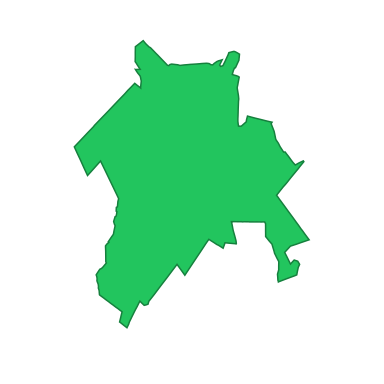 outline of Lazdulejas pag., Balvu, Latvia, rotated 282°
{"feature_id": "27541924B29489313148082", "entity_name": "Lazdulejas pag.", "entity_type": "district", "adm_level": 2, "iso_a3": "LVA", "parent_name": "Latvia", "parent_adm1": "Balvu", "projection": "equal_earth", "projection_center": [27.463, 57.024], "detail": "fine", "context": "isolated", "style": "filled", "palette": "green", "viewbox_px": 384, "rotation_deg": 282, "n_neighbors": 0, "source": "geoboundaries", "source_scale": "gbopen_adm2", "svg_char_len": 5303}
<svg xmlns="http://www.w3.org/2000/svg" viewBox="0 0 384 384"><g transform="rotate(282 192 192)"><path d="M336.0,199.1L333.9,198.8L325.5,196.9L324.9,196.7L322.0,196.0L320.8,193.9L321.9,192.6L327.6,194.0L326.7,192.4L325.9,190.8L324.8,189.2L323.9,188.4L322.3,186.9L320.7,185.9L320.4,184.1L320.6,183.8L321.2,182.0L321.0,179.6L320.4,177.4L319.8,175.2L319.0,172.7L318.0,169.3L317.1,166.1L316.5,163.9L315.8,161.7L314.6,157.7L313.3,153.9L313.5,151.7L312.9,145.5L312.1,143.9L310.8,143.1L310.8,142.5L310.9,141.5L311.3,141.0L312.4,139.4L312.6,139.1L317.6,131.7L318.9,129.8L320.1,127.9L322.1,125.0L324.5,121.4L325.0,119.7L326.0,118.2L326.9,116.7L327.9,115.3L328.3,114.8L329.9,112.8L327.9,111.1L325.9,109.4L324.1,107.9L322.4,106.4L319.8,106.9L317.2,107.4L312.5,108.4L307.7,109.3L306.3,110.8L304.8,112.2L303.0,114.0L301.2,115.8L300.1,111.3L300.1,111.2L298.6,112.6L296.9,114.4L295.8,115.8L294.5,117.3L294.2,117.4L293.4,117.8L293.5,117.8L291.5,118.6L290.7,119.0L290.1,119.2L290.0,119.3L283.4,120.0L283.1,120.1L285.0,116.1L286.4,113.4L280.8,109.9L280.7,109.8L279.8,109.2L279.6,109.2L279.1,108.8L279.0,108.7L278.4,108.3L273.5,105.5L268.9,102.6L268.4,102.3L267.6,101.8L266.0,100.8L262.6,98.7L257.7,95.7L252.5,92.5L246.1,88.5L241.8,85.8L237.0,82.8L235.3,82.0L228.7,77.9L220.5,72.9L211.7,67.5L205.9,71.8L200.0,76.3L192.9,81.5L186.4,86.4L194.7,91.2L203.3,96.1L195.6,102.1L188.1,107.9L180.6,113.7L173.2,119.4L170.3,121.6L167.3,121.5L163.1,122.0L162.1,122.1L161.9,122.1L161.8,121.9L161.4,121.3L161.3,121.2L161.1,121.2L157.5,121.8L157.4,121.9L157.2,122.6L154.8,122.8L153.0,122.8L152.2,122.4L151.9,121.9L148.3,121.6L146.8,121.5L144.2,122.9L143.1,123.8L140.7,123.8L138.1,123.8L134.5,123.9L134.3,123.9L130.1,122.1L125.8,120.4L125.4,121.1L123.9,120.0L123.5,119.6L121.3,118.6L120.4,118.8L116.1,119.9L111.2,121.0L105.8,122.2L105.1,122.7L104.8,123.0L101.8,121.4L100.8,120.9L100.3,120.6L99.9,120.4L99.4,120.1L99.2,119.9L98.9,119.7L98.6,119.5L98.3,119.2L98.1,119.0L97.8,118.6L97.6,118.3L97.4,118.1L97.3,117.9L94.3,116.7L91.3,115.6L91.0,115.5L90.0,116.1L89.5,116.4L89.1,116.6L87.7,117.1L86.9,117.3L86.4,117.3L85.8,117.4L85.4,117.5L85.0,117.7L84.3,118.1L83.7,118.5L82.7,119.2L82.2,119.4L81.9,119.6L80.9,119.9L80.5,120.0L80.0,120.2L79.1,120.3L78.8,120.3L78.5,120.4L78.1,120.6L76.8,121.4L76.5,121.5L76.1,121.7L75.5,121.9L74.4,122.2L73.4,122.5L73.0,122.6L72.2,122.9L72.1,123.0L71.3,124.7L69.9,127.8L69.4,128.8L69.0,129.6L67.4,133.2L66.6,134.8L65.9,136.3L65.6,137.0L65.3,137.7L63.5,141.5L62.5,143.9L61.5,145.9L60.3,148.5L57.3,148.4L52.2,148.3L49.8,148.2L48.9,150.1L47.3,153.3L45.7,156.6L49.4,157.5L49.8,157.6L50.2,157.6L51.2,157.7L52.0,157.8L54.3,158.4L57.6,159.2L61.1,160.1L62.0,160.3L65.0,161.1L67.7,161.9L68.3,162.1L72.7,163.2L74.4,163.7L72.8,166.2L71.2,168.8L72.0,170.5L73.1,172.3L76.1,172.5L83.8,176.3L93.7,180.9L102.9,185.3L112.8,189.9L118.1,192.4L113.4,197.6L109.1,202.3L119.0,206.2L127.8,209.7L135.5,212.8L144.7,216.4L149.2,218.3L148.9,219.1L147.0,224.2L145.8,227.2L145.4,229.0L143.5,234.1L146.3,234.5L149.2,234.9L149.8,240.1L150.2,243.4L150.5,245.5L150.4,245.5L150.4,246.0L150.7,246.1L153.4,245.2L154.0,244.9L155.8,244.0L157.6,243.1L159.3,242.2L161.0,241.3L163.1,240.2L165.0,239.4L167.0,238.6L169.1,237.7L171.2,236.7L171.5,238.1L171.4,238.2L171.6,238.4L172.3,242.1L172.5,243.1L173.3,246.8L173.2,247.2L173.9,249.8L174.1,251.0L174.5,252.8L174.7,254.1L174.7,254.4L174.9,255.4L175.5,258.2L175.5,258.3L176.3,262.0L177.1,266.0L177.8,269.1L177.8,269.3L177.2,269.8L176.3,270.5L176.2,270.6L175.1,270.8L172.5,271.4L171.0,271.7L169.1,272.1L166.5,272.7L163.7,273.3L163.0,274.2L161.7,275.8L160.2,277.6L157.5,281.2L156.4,281.7L151.3,284.5L150.5,284.9L149.2,285.5L147.6,286.8L145.9,288.1L144.4,289.3L143.0,290.5L142.0,291.3L141.8,291.4L138.1,292.1L134.7,292.8L134.0,293.0L132.5,292.9L129.4,292.7L126.4,293.6L123.5,294.4L123.3,294.5L122.8,294.8L122.5,295.0L122.0,295.2L122.1,295.3L125.3,300.2L128.3,304.9L130.0,307.6L131.3,309.7L132.7,311.7L135.6,311.6L140.0,311.6L140.3,311.6L143.6,312.3L146.3,309.8L146.7,306.1L145.1,305.1L142.0,303.3L149.0,297.8L152.2,295.2L159.5,299.5L162.6,304.9L165.0,308.8L169.6,316.5L171.8,314.0L174.0,311.5L176.1,309.2L177.3,307.9L178.4,306.5L181.6,303.1L184.7,299.6L187.8,296.2L190.9,292.7L193.9,289.3L197.0,285.9L200.1,282.4L203.2,278.9L204.8,277.2L206.4,275.4L211.3,277.8L216.1,280.2L217.6,281.1L219.0,281.9L221.5,283.2L226.2,285.5L230.8,287.9L233.9,289.5L236.9,291.1L238.7,291.9L244.9,295.1L245.6,294.4L242.6,290.5L241.2,288.9L239.9,287.4L240.9,286.0L241.9,284.6L244.0,282.2L246.1,279.9L247.5,278.3L248.8,276.7L250.5,274.8L250.1,273.3L252.4,271.0L254.7,268.7L256.2,267.5L257.7,266.3L259.3,264.6L260.9,263.0L264.6,261.4L266.2,260.7L268.2,259.8L268.9,259.4L272.1,257.3L275.3,255.2L276.9,255.8L277.0,249.8L277.2,244.9L277.4,238.2L277.6,234.1L277.8,230.5L273.7,230.3L272.0,230.5L269.3,228.5L266.6,226.5L266.1,223.8L268.5,222.9L270.9,222.1L271.0,222.1L273.4,221.6L275.9,221.2L279.2,220.6L282.4,220.0L285.9,219.4L288.2,219.0L290.5,218.6L292.7,218.4L295.9,217.4L299.5,216.0L303.1,214.6L304.0,214.5L306.4,214.5L308.7,214.4L314.2,214.3L314.7,213.2L315.0,211.2L315.1,209.0L315.1,208.9L315.3,207.0L319.3,207.2L322.2,207.8L322.3,208.4L322.7,208.7L330.7,210.5L332.9,210.2L333.3,210.2L336.7,209.8L337.4,207.8L338.0,205.8L338.3,204.3L338.1,203.3L337.1,201.3L336.0,199.1Z" fill="#22c55e" stroke="#15803d" stroke-width="1.5"/></g></svg>